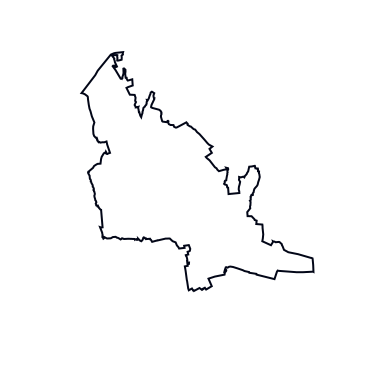 Hiliseu-Horia, Botosani, Romania (Mercator projection), rotated 30°
{"feature_id": "2599482B53241690354828", "entity_name": "Hiliseu-Horia", "entity_type": "district", "adm_level": 2, "iso_a3": "ROU", "parent_name": "Romania", "parent_adm1": "Botosani", "projection": "mercator", "projection_center": [26.289, 48.015], "detail": "fine", "context": "isolated", "style": "outline", "palette": "ink", "viewbox_px": 384, "rotation_deg": 30, "n_neighbors": 0, "source": "geoboundaries", "source_scale": "gbopen_adm2", "svg_char_len": 5995}
<svg xmlns="http://www.w3.org/2000/svg" viewBox="0 0 384 384"><g transform="rotate(30 192 192)"><path d="M254.1,253.8L261.5,247.3L260.7,245.2L261.0,244.0L261.0,243.0L260.6,242.4L260.2,242.3L260.0,242.6L259.6,243.7L259.2,242.2L259.2,241.7L258.9,240.4L259.2,240.0L260.7,239.7L261.4,238.3L262.5,237.4L265.1,236.4L269.6,235.4L275.1,234.3L277.0,234.2L281.5,232.8L282.0,233.3L288.7,230.7L289.2,231.3L307.0,226.2L305.4,218.5L305.5,217.2L306.4,217.0L322.6,209.2L328.0,206.1L336.8,200.4L337.1,200.4L333.5,194.7L330.2,190.0L329.1,188.7L329.2,189.1L327.6,189.7L315.0,192.8L305.5,196.0L304.6,196.0L300.6,196.1L297.6,193.7L296.5,193.1L295.9,192.3L292.9,191.6L292.2,191.8L289.5,193.7L288.2,193.7L287.3,194.2L286.7,194.2L287.1,194.6L287.0,198.6L277.5,199.5L276.6,196.9L274.9,193.1L271.2,188.0L269.9,185.9L269.2,185.0L263.7,187.6L262.3,184.5L260.3,184.9L259.8,184.4L255.7,183.2L252.2,185.1L249.9,181.8L250.6,177.0L249.9,176.2L249.3,175.1L249.3,174.5L247.8,171.5L247.3,170.9L246.5,170.6L246.8,169.4L246.0,168.1L245.7,167.9L245.6,167.1L245.1,166.8L245.1,165.6L244.9,165.0L245.0,164.8L245.8,164.6L246.2,164.2L246.1,163.9L245.4,163.2L245.3,162.7L245.5,161.5L244.9,159.9L244.5,158.4L244.6,157.2L245.2,154.4L245.2,152.9L244.4,150.3L243.9,147.8L243.2,145.2L241.4,142.9L240.7,142.4L239.8,140.7L238.8,141.1L237.7,139.2L237.3,138.8L236.7,139.3L236.5,139.1L235.1,139.8L233.6,138.2L233.4,138.4L233.1,138.1L231.0,140.0L228.9,141.5L230.3,146.0L230.2,148.2L230.4,149.2L229.8,151.9L230.0,153.2L228.7,153.1L227.0,154.9L225.3,155.4L226.0,156.5L226.6,158.0L228.6,159.1L229.5,161.8L230.0,163.9L230.7,165.5L231.3,166.6L232.5,167.7L233.5,169.2L224.7,175.5L221.1,170.2L220.2,170.4L218.8,168.7L218.1,168.7L216.6,169.1L215.7,168.9L215.7,167.5L215.0,166.5L215.0,166.2L215.0,165.7L215.6,165.2L215.8,164.6L215.4,163.9L214.1,160.3L213.8,159.1L213.1,158.0L213.0,157.1L212.2,156.3L212.0,155.9L212.1,154.9L212.0,154.2L211.3,153.4L209.5,153.9L210.7,154.6L210.5,155.1L208.4,156.9L204.9,160.5L202.8,160.0L201.4,159.2L199.5,159.1L191.4,155.8L187.8,155.2L186.4,154.7L189.6,148.2L185.6,145.9L187.0,142.4L182.9,142.5L180.7,141.9L176.8,140.5L169.5,138.1L166.4,137.6L163.6,136.4L161.9,136.7L158.2,135.9L157.4,136.2L154.6,136.1L154.4,136.0L154.3,135.3L154.1,135.0L153.0,134.8L152.3,134.5L148.2,141.1L146.6,143.6L145.9,144.3L144.0,144.5L142.5,143.3L139.9,144.7L138.0,144.8L136.4,143.6L136.3,142.8L136.2,142.5L135.6,142.4L135.3,142.7L135.6,144.0L131.4,145.7L130.8,145.6L127.5,142.4L126.8,141.0L126.7,140.0L126.1,138.9L125.9,139.0L125.3,138.0L124.6,137.8L124.2,137.4L122.4,137.2L115.7,139.0L114.3,139.1L114.0,138.8L113.4,136.8L112.9,130.4L112.8,130.2L112.7,130.4L110.9,128.5L110.3,127.5L109.9,125.3L107.1,125.2L106.5,126.5L107.0,128.0L107.1,129.4L107.8,132.6L107.8,134.8L107.6,135.1L107.4,134.6L106.9,134.8L107.8,135.6L107.7,136.7L108.5,138.1L108.5,138.6L108.8,139.2L108.4,140.5L108.5,141.6L108.1,142.5L107.9,143.5L108.8,145.9L108.9,146.9L109.7,148.6L109.9,150.1L110.6,152.6L109.0,151.7L106.4,149.2L106.1,149.4L104.3,147.1L103.2,146.1L103.0,145.0L102.8,145.2L102.7,145.5L102.0,145.8L101.7,146.4L101.0,146.9L100.8,146.5L98.9,145.4L98.7,145.0L98.5,142.1L97.2,141.5L96.0,138.6L93.8,136.6L89.5,138.8L83.2,134.6L84.2,133.1L87.4,129.4L83.9,124.3L80.7,127.6L80.2,127.5L79.0,126.6L78.2,126.4L78.1,125.8L77.3,126.1L75.0,123.0L74.2,121.0L73.2,119.4L71.3,119.0L70.9,119.5L73.3,123.3L74.0,125.8L74.1,126.9L74.8,128.2L74.5,128.7L74.6,129.1L73.9,129.1L73.5,129.5L64.9,124.7L60.4,122.7L60.5,122.1L61.9,121.2L63.6,121.9L64.3,120.9L60.3,118.1L59.4,117.0L58.1,115.9L58.0,115.3L54.5,113.9L57.8,111.3L58.9,110.8L59.2,111.3L59.6,112.4L60.3,113.0L61.5,115.5L62.1,115.3L64.4,113.2L64.9,112.6L63.7,110.3L62.8,109.2L62.9,108.6L63.3,108.1L63.4,107.4L62.8,106.7L62.4,105.3L56.2,109.8L55.1,110.8L53.0,113.6L49.7,134.1L49.8,139.2L46.9,161.6L48.0,161.2L50.2,160.9L53.5,161.3L54.2,161.7L55.8,164.0L59.1,168.2L61.6,171.1L63.7,172.8L67.4,176.5L72.7,180.6L73.6,184.5L74.8,186.8L77.6,191.0L79.2,192.4L81.4,193.1L82.3,192.6L83.0,193.2L82.7,193.3L82.8,193.5L83.1,193.6L83.7,194.3L84.5,194.9L85.1,194.9L85.5,195.3L86.4,195.6L86.9,194.9L87.9,195.1L89.7,193.6L91.1,192.9L92.7,191.0L94.8,193.3L101.4,199.1L100.0,200.7L99.8,201.3L99.1,201.6L97.9,201.6L97.8,200.5L97.3,200.2L97.4,200.6L96.3,202.6L96.2,206.7L96.8,209.0L98.6,213.2L96.1,214.9L95.0,216.8L94.2,218.5L94.2,220.6L92.5,225.3L92.7,226.0L92.1,226.3L92.1,226.7L92.7,227.2L92.6,227.5L93.9,228.4L95.1,229.0L96.8,231.4L97.2,231.8L97.9,231.9L98.8,232.8L99.1,233.6L99.7,233.7L100.7,234.7L102.1,235.4L102.7,235.9L103.4,237.1L104.2,237.3L105.6,238.5L105.6,239.5L106.2,239.7L106.8,240.4L107.1,240.4L108.8,242.2L109.2,243.4L109.3,244.1L110.2,245.2L111.7,246.6L112.4,247.5L113.3,247.8L114.3,248.7L114.3,249.4L114.5,250.3L115.2,250.6L115.8,251.5L116.3,251.5L117.3,250.9L117.7,251.8L118.6,251.7L119.2,252.2L120.3,252.6L121.6,253.0L122.2,252.9L132.2,267.3L131.0,268.2L129.9,268.4L134.6,272.2L135.0,272.8L136.0,273.8L136.4,274.9L137.1,276.0L137.8,276.1L138.6,276.7L139.0,275.7L138.6,274.9L141.4,274.8L142.2,274.4L144.8,272.7L146.0,270.6L148.3,269.0L149.8,269.1L150.5,268.8L151.9,268.7L153.9,268.8L154.5,267.7L154.4,267.3L154.7,267.0L156.6,266.7L160.3,264.3L165.8,261.4L166.1,261.4L166.5,261.8L166.8,261.2L167.8,260.3L168.4,260.9L169.4,260.0L168.9,259.4L171.4,260.1L172.7,260.0L173.1,258.6L173.0,257.2L172.7,255.9L172.9,255.4L173.7,255.3L174.1,255.7L175.2,255.2L175.7,255.8L179.0,253.5L179.4,253.9L179.6,253.8L180.5,254.0L182.4,255.1L186.2,251.2L186.3,251.3L192.4,245.6L196.0,243.4L199.8,244.3L203.0,243.8L205.6,245.8L207.9,246.6L209.1,247.4L213.5,244.1L212.1,242.5L215.8,239.6L218.9,242.1L219.5,243.8L219.5,244.4L218.1,246.0L220.0,248.0L218.2,249.8L218.5,250.1L218.8,249.8L221.3,252.4L222.3,253.8L222.1,254.0L223.3,255.6L224.7,254.6L225.3,255.8L224.2,256.8L225.2,258.1L223.0,260.0L225.9,263.5L231.6,270.9L232.3,271.6L237.0,277.5L238.4,278.7L240.2,275.6L242.2,276.7L242.6,276.3L243.2,276.7L246.5,271.4L249.6,271.8L250.3,270.4L249.9,270.2L251.0,268.5L253.0,269.4L256.2,263.7L249.6,258.8L254.1,253.8Z" fill="none" stroke="#020617" stroke-width="2"/></g></svg>